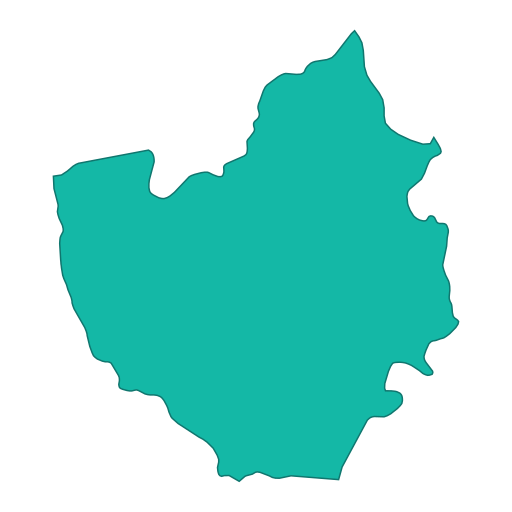 outline of Phayao
{"feature_id": "THA-394", "entity_name": "Phayao", "entity_type": "Province", "adm_level": 1, "iso_a3": "THA", "parent_name": "Thailand", "parent_adm1": "", "projection": "robinson", "projection_center": [100.226, 19.268], "detail": "fine", "context": "isolated", "style": "filled", "palette": "teal", "viewbox_px": 512, "rotation_deg": 0, "n_neighbors": 0, "source": "natural_earth", "source_scale": "10m", "svg_char_len": 4315}
<svg xmlns="http://www.w3.org/2000/svg" viewBox="0 0 512 512"><path d="M354.6,30.7L359.0,37.0L361.9,42.8L363.3,50.5L364.4,66.7L366.9,75.2L370.5,81.4L379.2,93.2L382.7,99.7L384.1,107.9L384.1,115.9L385.4,123.2L390.7,129.2L398.2,134.4L410.6,140.2L422.9,144.2L430.3,143.7L433.8,137.4L438.2,144.5L440.3,148.4L440.7,149.8L441.1,151.6L440.5,153.2L438.7,154.5L437.1,155.5L435.4,156.0L432.7,157.5L430.3,159.6L428.9,162.0L427.3,165.6L424.5,173.2L421.4,179.1L409.7,189.1L407.9,191.6L407.3,193.8L406.9,196.4L407.6,203.6L408.2,205.8L410.2,210.5L413.5,215.8L414.6,216.9L417.1,218.8L419.7,220.1L423.2,220.9L424.9,220.9L426.3,220.4L427.3,219.2L428.1,217.8L429.0,216.5L430.4,215.9L432.1,216.0L433.5,216.6L434.6,217.7L436.7,222.0L437.9,223.0L439.4,223.5L442.7,223.5L444.3,223.7L445.7,224.3L446.7,225.5L447.9,228.6L448.3,230.3L448.3,232.2L447.2,237.9L446.6,246.2L442.7,264.9L443.0,267.1L443.9,270.4L445.6,275.2L448.5,280.9L449.0,282.5L449.4,284.3L449.7,286.4L449.8,290.5L449.2,296.4L449.2,298.4L449.6,300.1L450.2,301.7L451.0,303.1L451.6,304.7L451.9,306.6L452.4,312.7L453.2,316.2L454.1,317.5L455.1,318.4L456.5,319.3L457.7,320.3L458.6,321.6L458.0,324.1L455.8,327.5L449.7,333.7L446.4,336.2L443.9,337.8L442.4,338.3L440.7,338.7L436.0,340.4L434.4,340.7L432.8,340.9L431.0,341.7L428.9,343.7L426.0,350.1L424.8,353.5L424.0,356.3L424.1,358.1L424.5,359.7L425.2,361.2L426.0,362.5L432.6,371.2L432.8,372.8L432.1,374.3L429.6,375.1L427.6,375.3L425.8,374.8L424.1,374.1L422.8,373.4L419.3,370.5L411.5,365.4L408.4,364.0L405.3,362.9L402.2,362.4L399.7,362.2L395.8,362.4L394.0,362.7L392.6,363.3L390.6,366.3L388.4,371.4L384.8,383.5L384.6,388.2L385.5,390.8L391.4,390.9L395.1,391.3L396.8,391.7L399.8,393.1L400.9,394.2L401.7,395.4L402.2,397.1L402.4,399.0L402.4,400.8L401.8,403.5L400.3,405.5L397.5,408.4L390.7,413.8L387.0,415.8L384.1,416.8L374.3,416.5L372.5,416.8L371.0,417.3L369.7,418.0L367.4,420.0L342.1,467.0L338.6,479.6L291.0,475.8L279.5,478.2L275.4,478.1L272.3,477.4L269.4,475.9L260.0,472.3L257.2,471.9L255.4,472.3L252.4,474.1L246.4,475.7L245.0,476.3L239.2,481.3L229.1,475.5L224.3,475.6L221.6,476.3L220.0,475.7L218.9,474.5L218.3,472.9L217.9,471.2L217.7,469.4L217.5,467.5L217.9,465.7L218.7,462.1L218.7,459.3L217.2,455.2L213.2,448.2L207.0,442.1L202.8,439.1L199.0,437.1L178.1,423.5L172.1,418.2L171.0,416.7L169.0,412.1L167.8,408.0L166.6,405.3L164.0,400.5L162.2,398.2L160.5,396.7L157.6,395.5L156.2,395.2L153.6,394.9L150.1,394.9L147.7,394.6L145.0,393.9L138.7,390.6L136.6,389.9L135.1,390.1L131.9,390.9L129.6,390.9L127.0,390.5L122.7,389.3L120.9,388.6L120.0,388.0L119.4,387.2L119.0,385.9L118.8,384.3L119.4,380.9L119.4,379.0L119.2,377.3L118.4,375.3L111.2,363.2L109.5,362.2L107.7,361.8L105.3,361.8L102.3,361.1L97.3,359.0L95.1,357.3L93.5,355.7L92.1,352.7L89.8,346.4L87.2,335.7L87.0,333.8L86.2,331.1L84.8,327.6L74.1,308.9L72.9,305.7L72.1,303.0L72.0,301.0L71.6,299.1L71.1,297.3L68.0,289.8L66.5,284.6L63.8,278.5L62.7,275.2L61.5,267.8L61.3,265.9L61.0,263.9L60.9,262.0L60.7,260.1L59.7,243.4L60.0,239.2L60.3,237.3L61.0,235.6L63.2,231.3L63.2,228.8L62.4,225.3L59.2,218.5L58.0,214.7L57.4,211.7L58.2,206.1L58.0,204.2L54.0,188.6L53.4,176.2L61.5,175.0L67.4,171.1L73.0,166.3L76.0,164.4L78.6,163.3L148.5,150.1L151.1,151.8L152.1,153.0L152.9,154.4L153.5,156.1L153.9,157.9L154.1,159.9L154.1,161.9L149.4,179.6L148.9,183.6L148.9,187.8L149.7,191.5L151.1,193.4L153.5,195.1L158.8,197.8L161.8,198.5L164.1,198.6L167.2,197.6L170.0,196.0L174.4,192.4L189.2,176.8L191.4,175.6L194.7,174.4L201.3,172.7L204.8,172.2L207.4,172.2L208.7,172.6L213.1,174.8L218.0,176.6L220.4,176.7L222.2,176.2L223.0,175.0L223.5,173.6L223.9,172.1L223.9,170.3L223.7,167.2L224.0,166.1L224.7,165.1L225.7,164.3L226.8,163.6L244.1,156.0L246.0,154.6L246.7,153.4L247.1,151.9L247.3,150.1L247.4,148.3L247.0,141.5L247.1,141.1L247.3,140.6L247.8,139.6L250.3,136.7L253.6,132.2L254.2,131.1L254.5,129.7L254.4,128.2L253.9,126.7L253.6,125.1L253.6,123.5L254.1,122.2L254.9,121.2L256.9,119.5L257.8,118.5L258.6,117.4L259.1,116.0L259.4,114.5L259.2,112.9L258.4,109.9L258.0,108.2L258.0,106.4L258.7,103.5L259.8,101.0L263.3,91.0L265.2,87.2L266.2,86.0L267.2,84.9L278.2,76.7L281.4,74.9L284.1,73.8L285.8,73.5L296.3,74.4L300.5,74.2L302.6,73.4L304.1,72.2L304.8,70.9L305.3,69.5L306.1,68.1L307.4,66.3L310.6,63.4L312.9,62.2L315.1,61.5L327.0,59.6L329.9,58.5L332.0,57.6L335.3,54.5L351.4,33.7L354.6,30.7Z" fill="#14b8a6" stroke="#0f766e" stroke-width="1.5"/></svg>